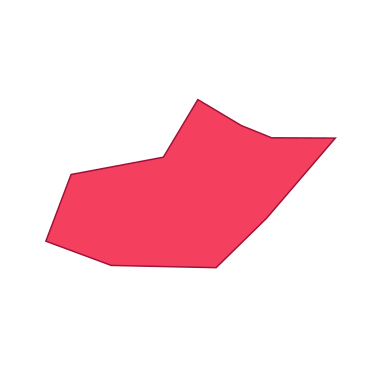 Cebu, Albers equal-area conic projection, rotated 239°
{"feature_id": "PHL-5522", "entity_name": "Cebu", "entity_type": "Highly Urbanized City", "adm_level": 1, "iso_a3": "PHL", "parent_name": "Philippines", "parent_adm1": "", "projection": "albers", "projection_center": [123.895, 10.342], "detail": "fine", "context": "isolated", "style": "filled", "palette": "rose", "viewbox_px": 384, "rotation_deg": 239, "n_neighbors": 0, "source": "natural_earth", "source_scale": "10m", "svg_char_len": 300}
<svg xmlns="http://www.w3.org/2000/svg" viewBox="0 0 384 384"><g transform="rotate(239 192 192)"><path d="M268.2,244.6L223.7,268.4L197.5,288.1L164.4,342.6L131.1,242.3L114.7,173.7L170.7,84.9L225.1,41.4L269.3,97.4L236.6,185.4L268.2,244.6Z" fill="#f43f5e" stroke="#9f1239" stroke-width="1.5"/></g></svg>